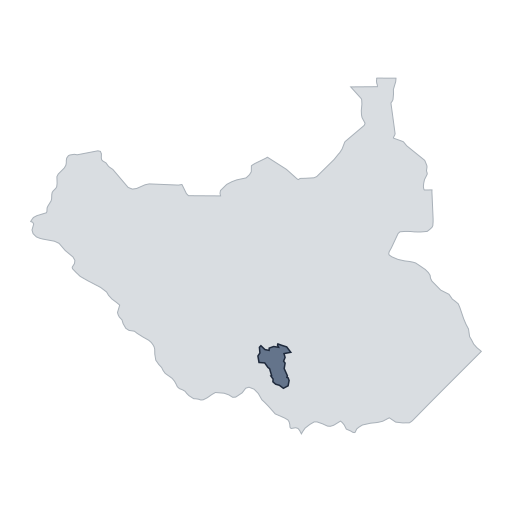 location of Mundri West, Western Equatoria, South Sudan
{"feature_id": "79223893B75409904988016", "entity_name": "Mundri West", "entity_type": "district", "adm_level": 2, "iso_a3": "SSD", "parent_name": "South Sudan", "parent_adm1": "Western Equatoria", "projection": "albers", "projection_center": [30.244, 5.152], "detail": "fine", "context": "in_parent", "style": "filled", "palette": "slate", "viewbox_px": 512, "rotation_deg": 0, "n_neighbors": 0, "source": "geoboundaries", "source_scale": "gbopen_adm2", "svg_char_len": 4173}
<svg xmlns="http://www.w3.org/2000/svg" viewBox="0 0 512 512"><path d="M429.1,403.7L412.6,420.5L411.4,421.5L409.4,422.8L402.6,422.9L395.7,422.1L389.3,417.8L382.8,421.2L378.7,422.2L376.3,422.6L370.5,423.2L362.4,425.0L358.7,427.3L356.7,429.0L355.1,432.3L354.3,432.6L352.8,432.3L350.7,431.0L346.3,429.1L344.2,424.9L342.1,422.4L340.5,421.1L333.6,425.3L330.3,426.3L327.5,426.1L322.5,423.8L317.0,421.9L314.2,421.9L309.9,424.4L305.1,428.1L302.6,431.7L301.4,433.9L299.7,430.6L298.1,428.5L295.7,427.7L291.1,428.5L290.0,427.3L289.8,424.5L289.1,421.8L287.9,419.9L284.4,417.9L275.2,413.9L268.1,405.9L264.5,402.2L261.9,399.8L258.3,393.5L254.1,389.2L249.0,387.2L245.7,388.2L242.2,392.8L235.7,397.1L232.7,397.3L228.9,394.9L224.1,393.2L215.4,392.5L211.9,394.5L207.2,397.8L203.2,399.8L200.8,400.0L198.5,399.2L195.9,398.8L193.7,398.7L189.0,395.7L186.7,393.4L185.1,391.3L182.5,389.8L179.4,388.6L177.3,386.7L176.2,384.3L174.5,381.2L172.2,378.4L165.2,373.4L163.1,370.5L161.7,367.6L158.8,364.5L155.8,360.2L154.8,354.1L154.7,349.1L154.1,346.8L152.8,344.5L151.3,342.5L148.8,340.3L143.1,337.1L137.2,333.4L134.4,331.2L129.0,330.4L125.8,328.3L123.1,323.6L122.0,319.9L119.3,317.0L118.2,314.9L117.5,312.5L119.7,305.1L116.6,302.5L112.0,299.1L108.6,295.4L106.6,292.0L100.7,287.5L87.7,280.7L80.2,276.4L76.1,272.5L72.5,268.7L72.2,267.2L74.5,263.5L74.9,260.4L73.0,257.0L65.2,250.5L59.1,243.4L54.4,241.2L43.0,239.1L39.8,238.3L36.4,236.9L33.1,233.7L32.0,230.0L33.7,224.0L32.6,222.2L30.7,221.6L31.3,220.4L33.4,217.5L37.0,215.6L46.3,212.8L46.9,211.6L47.1,207.9L47.9,206.1L51.1,200.9L51.6,198.9L51.8,194.4L52.2,192.4L53.2,190.9L55.8,188.3L56.7,186.8L57.1,183.4L56.9,176.7L58.2,174.1L64.2,168.1L65.8,165.4L66.3,163.0L66.3,160.5L66.7,158.1L68.4,155.7L69.9,155.0L74.3,154.3L77.2,154.8L97.9,150.8L100.4,151.4L101.4,153.8L101.3,157.8L101.6,159.7L102.8,161.0L106.0,162.9L108.3,166.1L109.5,167.2L112.8,169.4L128.1,187.4L132.4,189.1L136.6,188.5L145.0,184.8L149.2,183.9L178.5,185.1L181.8,184.5L182.0,184.6L186.4,193.6L188.5,195.7L220.6,195.9L220.0,193.3L220.5,190.5L226.1,185.0L226.9,184.3L231.9,181.7L236.7,179.9L246.1,177.9L249.5,174.7L251.3,171.7L251.4,165.8L252.6,164.9L254.9,163.5L265.6,158.3L267.4,157.2L286.5,169.4L297.2,179.0L297.8,179.4L298.4,179.6L298.9,179.3L299.4,178.8L300.7,178.4L305.3,178.3L313.9,177.8L316.7,176.6L334.1,159.5L338.5,154.0L339.6,152.9L342.1,149.0L344.7,142.2L345.2,141.5L364.2,125.4L364.8,124.1L365.0,123.1L362.1,117.7L361.5,115.0L361.3,110.7L361.9,104.2L361.7,100.0L361.4,98.9L361.3,98.7L350.7,86.9L377.4,86.7L377.4,85.2L377.3,84.8L376.8,83.4L376.5,81.5L376.5,80.4L376.7,79.5L376.7,78.9L376.6,78.5L376.6,78.3L376.8,78.1L396.0,78.2L395.7,81.6L393.4,89.4L393.5,94.1L393.0,99.5L392.3,101.1L391.3,102.4L391.0,103.0L391.0,103.6L395.1,133.7L394.8,134.9L393.8,136.8L393.5,137.4L393.4,137.9L393.9,138.3L402.8,141.5L403.2,141.7L403.5,141.9L406.7,145.8L424.3,160.0L424.9,160.7L426.7,165.2L426.9,165.9L427.0,166.9L426.9,167.8L426.5,170.5L426.7,171.7L427.0,172.5L427.2,173.4L427.2,173.7L427.1,174.4L424.5,179.6L423.7,183.3L423.4,186.4L423.6,188.2L423.9,189.3L424.2,189.8L424.4,190.0L432.0,189.9L431.9,191.6L433.1,218.8L433.1,221.9L432.8,225.7L432.0,227.3L429.8,229.4L427.2,231.4L420.4,232.0L414.7,231.9L410.7,231.5L405.2,231.4L400.0,231.8L398.1,233.5L391.3,248.0L389.2,251.7L388.7,253.8L389.3,255.1L392.0,256.9L397.9,259.4L404.6,260.9L409.6,261.5L413.1,262.2L415.7,263.0L425.3,269.5L428.4,272.6L430.1,275.3L430.5,278.2L431.9,281.1L440.7,290.1L449.0,294.3L452.3,299.1L455.4,301.4L458.3,303.9L459.9,307.7L463.6,318.6L466.0,324.3L468.5,329.0L469.6,336.6L471.6,340.0L473.7,344.1L477.0,347.8L480.6,350.7L481.3,351.4L445.4,387.3L429.1,403.7Z" fill="#d9dde1" stroke="#a8b0b8" stroke-width="1"/><path d="M288.1,385.8L289.1,380.5L288.1,377.8L286.9,377.4L287.4,375.8L284.2,368.6L285.1,363.1L283.6,361.2L285.1,357.4L284.0,353.6L290.8,352.3L286.7,346.9L281.1,345.1L277.9,343.9L277.5,345.1L278.6,347.3L273.7,346.5L269.2,348.1L269.1,350.4L265.0,349.6L260.9,345.7L259.4,347.3L259.9,353.0L257.9,356.0L259.0,362.5L264.7,362.9L267.9,367.4L269.6,368.7L271.6,375.6L270.8,375.9L273.1,379.1L272.9,381.8L275.6,384.2L279.4,385.3L283.4,388.3L286.4,386.7L288.1,385.8Z" fill="#64748b" stroke="#1e293b" stroke-width="1.5"/></svg>